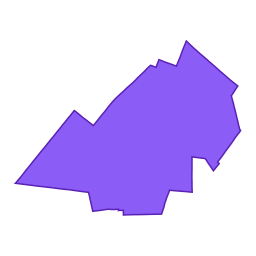 outline of Carpinis, Timis, Romania
{"feature_id": "2599482B73230505833398", "entity_name": "Carpinis", "entity_type": "district", "adm_level": 2, "iso_a3": "ROU", "parent_name": "Romania", "parent_adm1": "Timis", "projection": "mercator", "projection_center": [20.916, 45.814], "detail": "fine", "context": "isolated", "style": "filled", "palette": "violet", "viewbox_px": 256, "rotation_deg": 0, "n_neighbors": 0, "source": "geoboundaries", "source_scale": "gbopen_adm2", "svg_char_len": 3340}
<svg xmlns="http://www.w3.org/2000/svg" viewBox="0 0 256 256"><path d="M163.7,207.9L164.9,203.0L165.8,200.6L166.5,198.3L168.3,193.7L169.3,191.1L169.3,190.7L169.4,190.2L171.2,190.4L172.7,190.5L173.5,190.6L175.6,190.8L179.6,191.1L181.7,191.3L184.7,191.5L188.2,191.8L189.8,192.0L192.2,192.2L192.1,189.6L192.1,189.0L192.0,187.5L192.0,184.7L192.0,182.8L192.0,181.1L191.9,181.1L191.9,178.9L191.9,177.9L191.9,173.1L192.0,168.6L192.0,164.1L192.0,163.7L192.0,160.1L192.0,158.9L192.0,156.8L193.0,157.0L195.9,157.4L198.5,157.7L203.8,158.4L205.3,158.7L206.8,160.9L207.9,162.7L211.1,167.3L213.4,170.8L213.6,170.6L215.6,168.0L216.6,166.8L219.2,163.5L217.6,162.1L219.0,160.2L220.1,158.8L221.2,157.4L222.1,156.2L223.0,154.9L223.5,154.2L224.6,152.6L225.8,150.9L226.7,149.7L228.2,147.7L229.4,146.1L230.3,144.8L231.5,143.3L232.6,141.6L233.6,140.2L233.8,140.0L233.8,139.8L234.3,138.9L235.1,137.9L235.8,136.9L237.0,135.4L238.2,133.8L239.5,132.2L240.6,130.4L239.8,129.6L239.3,127.7L238.9,126.2L238.3,123.8L238.2,123.2L237.7,121.1L237.4,120.0L237.1,118.7L236.5,116.2L236.0,114.0L235.6,112.5L234.9,109.5L234.2,107.0L233.8,105.2L233.7,104.6L232.6,100.5L231.9,97.9L231.3,95.7L232.0,94.8L233.0,93.4L233.7,92.4L233.7,92.2L234.3,91.4L235.6,89.3L236.8,87.5L237.8,86.0L235.8,84.4L234.4,83.3L231.4,80.9L229.9,79.7L226.9,77.1L225.9,76.2L224.0,74.5L221.5,72.4L219.6,70.8L218.1,69.4L217.4,68.8L216.7,68.1L215.0,66.6L213.5,65.3L211.5,63.6L209.5,61.9L208.9,61.4L207.0,59.6L205.8,58.6L204.7,57.6L202.6,55.8L200.4,54.0L197.6,51.5L196.2,50.2L194.3,48.6L193.3,47.7L191.9,46.3L189.4,44.0L188.0,42.6L186.3,41.0L185.1,44.1L184.0,46.7L182.7,49.9L181.2,54.0L180.0,57.2L178.3,61.4L176.4,66.1L171.5,64.3L165.5,62.2L161.4,60.6L159.0,59.6L157.6,63.1L156.0,67.3L153.9,66.5L150.6,65.3L149.0,66.7L147.1,68.5L144.3,71.5L143.5,72.2L141.4,74.2L137.7,77.7L136.8,78.7L136.5,79.0L136.0,79.6L133.6,81.9L132.5,83.0L130.5,84.7L127.0,87.8L125.6,89.1L124.0,90.7L122.8,91.8L119.7,94.6L116.5,97.6L114.7,99.5L114.2,99.9L113.4,100.8L111.4,103.1L108.6,106.5L105.9,110.0L104.6,111.7L101.5,115.3L99.0,118.5L97.2,120.8L95.5,122.9L94.1,124.6L93.3,125.6L92.8,125.1L90.6,123.4L89.9,122.9L88.5,121.8L87.2,120.8L87.1,120.6L84.3,118.6L83.5,118.0L82.6,117.3L80.4,115.4L77.6,113.1L74.4,110.5L74.2,110.6L73.4,111.7L72.9,112.2L69.7,116.3L68.9,117.1L65.8,121.0L65.2,121.8L62.2,125.4L61.2,126.8L58.7,129.8L57.4,131.4L55.5,133.8L53.3,136.6L51.0,139.3L49.4,141.3L46.9,144.4L45.5,146.2L42.7,149.6L41.3,151.2L38.8,154.4L37.3,156.2L34.4,159.8L33.4,161.0L31.4,163.6L29.6,165.9L26.1,170.1L23.2,173.9L20.1,177.8L19.2,178.8L15.6,183.1L15.4,183.3L23.5,184.3L29.0,185.0L37.6,186.1L44.9,186.9L47.1,187.2L51.8,187.7L56.2,188.3L63.4,189.2L65.6,189.4L70.1,189.8L71.0,190.0L74.6,190.5L78.1,191.0L80.3,191.3L84.0,191.8L88.5,192.3L89.5,196.4L90.2,200.0L90.4,200.6L90.7,201.9L90.9,202.8L91.6,206.1L92.0,207.9L92.4,209.5L92.5,209.9L92.5,210.3L92.7,211.3L96.6,210.8L99.4,210.5L100.3,210.4L101.9,210.1L102.5,210.0L103.6,209.9L104.7,209.7L106.1,209.5L107.7,209.3L108.6,209.2L108.9,209.2L109.5,209.2L109.9,209.4L112.7,209.5L113.8,209.5L117.5,209.3L118.5,209.3L118.4,210.5L118.7,210.4L119.9,210.4L121.6,210.4L122.6,210.3L123.3,210.3L123.3,211.6L123.4,214.0L123.4,215.0L125.9,214.9L127.3,214.8L129.8,214.8L131.4,214.7L140.2,214.6L144.3,214.5L157.0,214.2L161.6,214.1L163.6,208.1L163.7,207.9Z" fill="#8b5cf6" stroke="#5b21b6" stroke-width="1.5"/></svg>